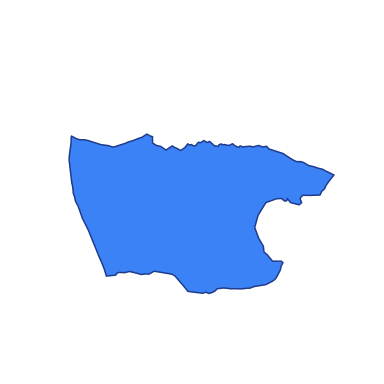 Ardo-Kola, Taraba, Nigeria, rotated 320°
{"feature_id": "59680162B5954014037791", "entity_name": "Ardo-Kola", "entity_type": "district", "adm_level": 2, "iso_a3": "NGA", "parent_name": "Nigeria", "parent_adm1": "Taraba", "projection": "natural_earth1", "projection_center": [11.217, 8.847], "detail": "fine", "context": "isolated", "style": "filled", "palette": "blue", "viewbox_px": 384, "rotation_deg": 320, "n_neighbors": 0, "source": "geoboundaries", "source_scale": "gbopen_adm2", "svg_char_len": 2485}
<svg xmlns="http://www.w3.org/2000/svg" viewBox="0 0 384 384"><g transform="rotate(320 192 192)"><path d="M194.6,118.6L188.7,117.9L186.7,117.0L185.5,116.6L183.5,115.9L179.6,114.6L175.1,112.6L172.5,112.0L169.2,110.6L166.0,109.3L162.7,108.0L160.3,106.7L160.1,106.6L158.0,103.0L156.0,100.8L154.7,99.4L152.7,97.2L151.3,95.0L149.9,92.8L147.2,88.5L145.8,86.3L143.1,82.7L140.4,80.6L139.1,79.1L137.7,76.9L136.3,73.2L135.6,71.8L134.4,72.6L131.9,75.7L125.8,81.3L121.4,85.3L118.4,88.5L105.7,107.9L104.5,110.3L103.5,111.9L102.1,114.1L100.3,116.5L99.2,119.6L96.8,124.2L95.7,129.5L94.0,134.1L91.1,141.8L89.5,148.7L87.8,155.5L85.5,162.4L83.3,169.3L81.6,174.6L79.3,181.5L77.6,187.6L75.3,194.5L72.4,201.4L79.7,206.4L81.0,206.6L82.3,205.8L84.6,206.9L88.8,210.7L92.9,212.6L97.4,218.6L100.1,222.6L103.8,224.9L106.3,227.3L111.8,228.3L112.0,228.3L117.8,235.0L123.8,242.1L125.0,245.2L125.1,256.6L125.1,261.1L125.0,263.7L125.0,265.6L125.7,266.3L128.4,269.2L130.4,271.4L135.1,276.4L138.3,277.7L139.7,280.6L143.0,282.0L145.6,282.6L149.4,282.4L151.4,283.8L154.2,285.6L156.7,288.0L160.0,291.6L162.0,293.0L163.5,294.4L166.0,296.6L168.6,298.7L171.9,300.8L174.6,302.9L178.5,304.2L189.0,310.4L194.2,311.6L197.4,312.2L200.6,312.1L203.1,311.2L209.4,308.6L212.5,306.2L216.3,304.5L215.9,302.4L209.2,296.7L209.3,288.8L208.6,284.2L211.8,279.4L213.3,270.5L217.2,259.5L227.5,252.4L234.5,250.0L241.8,247.6L252.4,251.5L256.3,254.4L257.2,258.5L258.8,259.6L260.8,258.5L260.7,263.5L263.7,267.7L265.7,270.6L269.1,270.7L270.3,267.0L272.2,265.8L275.0,265.9L280.0,270.3L288.1,276.6L291.9,274.9L295.8,274.7L298.9,273.1L302.7,272.1L306.5,271.2L311.6,270.2L309.4,265.0L308.0,262.1L306.6,258.4L303.9,254.8L301.2,250.4L298.4,246.8L298.1,245.9L296.3,240.9L294.9,238.7L291.6,235.9L290.2,232.9L288.7,228.5L286.5,221.1L278.5,208.3L278.6,205.2L277.8,204.5L274.9,202.8L273.2,199.4L269.8,197.6L268.0,196.9L265.7,194.0L261.1,190.9L259.8,190.1L259.0,188.3L258.4,187.6L257.0,188.0L255.7,186.6L254.5,183.7L254.1,181.2L252.8,180.7L250.8,180.4L249.1,178.9L247.6,176.7L245.9,175.5L245.5,174.6L245.1,173.8L243.0,173.2L241.5,173.8L239.8,172.1L238.8,170.8L238.3,166.5L237.9,164.5L236.0,163.9L235.3,163.7L234.7,161.7L234.2,160.2L231.2,159.9L229.8,159.4L229.1,158.1L226.4,158.4L224.8,158.9L222.6,157.4L222.1,155.3L220.3,154.4L219.7,152.4L215.1,153.4L210.0,152.9L208.6,149.2L207.2,146.3L206.5,144.0L199.0,143.1L198.2,140.1L197.4,137.1L194.7,133.5L193.3,129.1L197.3,124.2L195.9,122.0L194.6,118.6Z" fill="#3b82f6" stroke="#1e3a8a" stroke-width="1.5"/></g></svg>